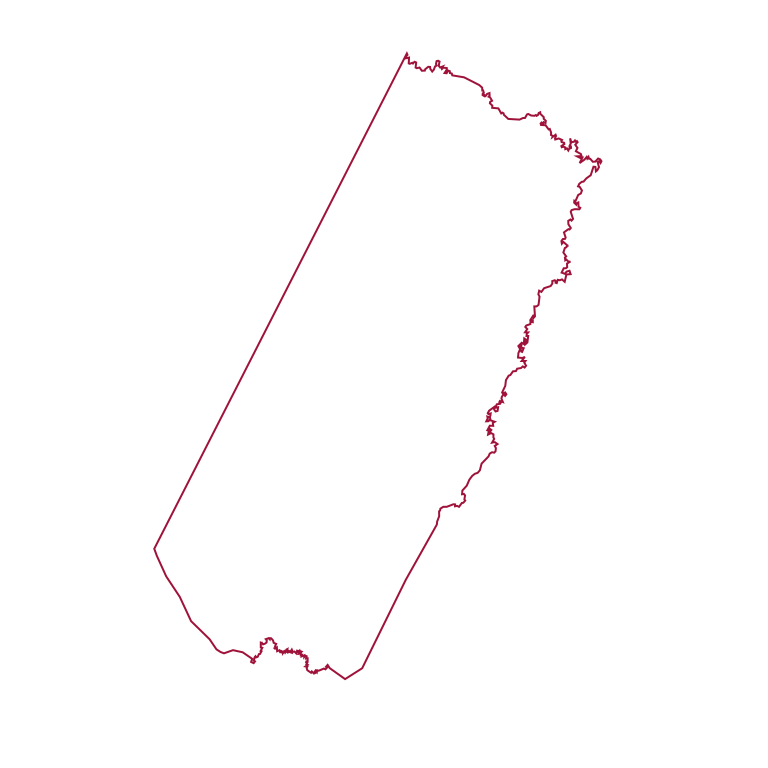 Keerom, Papua, Indonesia (Equal Earth projection), rotated 207°
{"feature_id": "22746128B17774751253690", "entity_name": "Keerom", "entity_type": "district", "adm_level": 2, "iso_a3": "IDN", "parent_name": "Indonesia", "parent_adm1": "Papua", "projection": "equal_earth", "projection_center": [140.467, -3.327], "detail": "fine", "context": "isolated", "style": "outline", "palette": "rose", "viewbox_px": 768, "rotation_deg": 207, "n_neighbors": 0, "source": "geoboundaries", "source_scale": "gbopen_adm2", "svg_char_len": 6099}
<svg xmlns="http://www.w3.org/2000/svg" viewBox="0 0 768 768"><g transform="rotate(207 384 384)"><path d="M282.5,591.2L283.2,590.6L288.7,592.0L289.2,589.8L290.8,591.9L290.5,594.3L288.6,595.5L288.7,597.0L292.5,600.8L290.0,605.7L288.8,605.9L288.4,607.8L292.2,610.0L293.9,613.0L292.6,615.2L291.1,614.7L290.5,616.9L295.8,622.2L295.8,624.1L293.5,626.3L289.2,628.4L289.1,630.1L291.1,630.2L293.3,634.0L294.5,632.5L294.2,631.1L296.9,631.9L297.6,633.7L296.4,633.6L296.8,640.6L295.1,643.1L295.5,646.3L299.2,648.5L300.8,648.2L300.9,651.0L299.6,653.9L298.1,654.9L297.1,659.0L294.6,663.9L296.0,672.7L294.2,673.4L291.7,669.7L291.0,671.3L290.9,674.8L294.4,678.7L293.6,680.1L291.4,679.1L291.4,681.2L293.3,682.3L295.6,682.1L296.7,678.1L298.8,676.8L302.5,678.3L303.6,677.8L304.9,679.2L305.2,677.1L306.5,678.3L307.3,674.8L310.0,669.7L310.0,675.7L311.6,674.5L315.3,674.5L311.5,676.8L313.0,678.3L318.7,678.5L318.8,682.2L322.2,684.0L321.3,687.4L322.4,688.0L322.9,686.9L324.4,687.7L324.7,686.1L326.8,684.4L329.7,687.4L326.7,682.9L326.8,680.3L326.2,679.3L325.2,680.3L324.5,679.2L325.8,677.5L325.8,675.7L328.0,677.0L329.1,675.6L330.0,677.1L332.1,676.8L333.1,675.7L334.0,676.5L332.2,679.6L333.0,680.7L335.6,680.2L336.4,681.2L336.2,682.3L339.8,682.1L342.4,679.6L343.2,680.6L343.3,683.1L344.3,684.0L346.0,680.5L346.2,681.7L348.3,681.7L349.3,684.0L352.1,686.5L352.9,685.6L357.5,687.9L361.7,686.1L362.7,687.2L362.3,688.6L360.3,688.4L360.5,689.8L358.6,689.9L359.3,692.0L362.1,692.8L362.8,694.3L367.4,695.7L368.2,697.0L369.2,695.7L368.9,693.7L369.8,692.2L370.8,692.6L371.7,691.3L374.9,690.0L378.0,690.1L379.0,689.1L379.1,685.1L380.9,684.1L383.3,681.1L393.6,676.6L399.4,678.3L400.4,679.5L401.8,679.5L402.4,678.3L407.2,681.5L413.0,679.2L413.8,681.2L417.1,682.2L417.5,683.5L416.3,685.4L419.7,687.6L421.2,687.5L420.9,689.0L422.1,691.1L423.8,689.3L424.2,686.8L426.0,687.1L425.5,686.1L427.3,686.2L427.9,687.7L427.3,688.8L429.0,690.6L429.7,690.2L431.1,692.6L434.8,693.6L451.9,693.6L463.3,690.0L464.5,691.4L466.4,691.0L467.4,692.6L469.0,692.4L469.3,689.3L471.2,688.6L470.8,692.7L471.5,694.0L474.8,692.8L475.4,691.0L476.2,691.7L475.9,693.5L477.7,691.5L479.7,692.4L480.9,696.5L482.5,696.6L483.7,695.6L483.0,692.8L481.7,691.6L482.7,690.1L482.3,686.8L482.9,684.3L485.8,685.8L486.9,687.4L488.6,686.7L490.2,683.1L489.9,681.8L492.5,680.3L496.0,682.1L498.1,680.3L499.5,680.3L501.3,685.1L503.1,684.9L503.7,682.7L504.7,683.0L506.4,681.0L507.5,680.9L509.9,686.2L512.4,684.1L513.1,685.6L512.5,687.9L513.7,688.9L513.9,132.9L508.3,127.7L490.7,113.7L469.3,101.6L448.2,85.1L423.5,77.4L412.8,71.5L408.0,71.0L404.3,71.4L397.7,78.3L388.1,80.8L376.7,79.3L376.2,76.0L373.4,76.1L373.0,78.3L374.4,78.5L375.2,81.9L374.9,83.1L373.8,82.4L372.7,83.6L372.8,86.6L371.9,87.2L371.8,90.2L372.7,90.1L372.7,93.7L374.2,93.4L376.4,97.7L375.2,97.8L374.5,96.7L374.6,97.6L373.6,97.1L372.1,98.7L371.3,100.4L372.1,102.4L373.5,103.0L371.5,105.1L369.9,104.6L370.3,105.7L369.1,106.2L366.5,105.2L364.8,103.3L362.1,103.5L362.0,100.8L360.9,100.0L361.6,98.9L360.9,98.7L359.9,100.7L357.9,97.4L356.4,99.2L355.3,98.3L354.8,100.1L354.4,97.4L353.9,99.0L353.3,98.4L352.4,99.1L353.3,100.2L352.4,99.8L351.8,98.5L351.4,100.6L350.1,99.7L349.8,101.7L351.1,101.8L350.2,102.1L350.4,103.1L349.8,103.9L349.6,102.7L348.7,102.6L348.7,101.2L347.8,101.0L347.3,102.2L345.3,102.5L346.5,103.1L345.0,103.2L345.8,103.9L345.6,105.5L343.7,103.8L342.3,105.0L340.1,104.2L340.3,105.4L339.7,106.0L340.3,106.9L339.4,107.2L338.8,106.3L338.3,107.8L337.4,106.3L337.0,108.0L335.9,108.1L337.0,105.2L335.7,106.1L335.0,104.6L334.1,105.4L333.7,103.9L331.8,106.1L331.1,104.6L330.7,106.2L329.3,106.3L328.8,104.0L327.5,104.9L326.1,102.1L327.2,101.6L327.1,100.7L325.8,100.5L325.9,99.1L324.6,99.1L325.7,96.8L324.0,97.4L324.0,95.9L322.4,94.2L317.9,93.6L317.8,95.1L315.0,94.2L314.1,95.3L315.2,95.8L314.9,97.7L313.0,96.8L313.5,98.6L312.0,98.9L308.4,103.1L306.6,103.2L306.0,105.5L307.3,105.7L306.7,108.1L303.4,106.2L284.7,103.4L274.4,120.8L275.7,219.3L273.1,282.7L274.2,285.6L274.8,291.2L277.1,295.6L276.6,296.8L277.2,298.5L275.4,301.5L272.3,303.1L267.5,308.4L266.0,309.0L265.2,307.3L263.5,308.6L261.4,308.6L260.6,313.4L259.4,314.2L258.7,317.0L260.0,317.7L261.2,321.5L262.9,322.3L264.4,321.2L265.8,324.7L264.1,330.9L264.5,337.5L263.7,342.1L262.3,345.2L260.2,347.4L259.4,350.6L260.9,357.4L258.0,366.9L258.2,370.0L256.8,372.2L254.6,372.9L254.1,374.7L255.2,377.7L257.2,379.1L255.6,382.0L258.9,382.5L261.1,380.8L260.9,385.1L262.3,386.1L263.6,388.8L266.3,388.9L268.3,386.2L269.1,388.9L267.8,389.7L267.5,391.8L269.1,392.1L270.1,389.9L270.9,389.7L270.8,394.9L267.7,396.3L269.4,398.7L268.2,400.6L272.5,400.0L273.5,401.2L274.0,398.3L275.9,397.2L276.0,400.5L277.1,401.9L274.9,402.2L274.8,404.0L275.6,406.2L277.2,404.6L278.3,405.1L278.2,408.0L275.4,413.5L274.3,411.3L272.1,410.2L270.6,411.6L271.8,415.1L273.9,413.4L274.3,417.1L271.6,419.0L271.5,419.9L273.0,420.2L273.0,421.5L269.9,421.9L272.7,424.3L273.2,426.1L272.8,429.4L270.7,428.4L270.3,430.4L272.2,431.5L273.9,429.5L274.9,430.1L275.1,437.4L277.1,442.8L276.7,448.0L275.5,449.3L274.8,453.9L272.3,455.4L272.3,458.1L269.2,460.4L268.3,462.7L266.2,462.5L265.7,464.8L268.7,466.7L268.4,468.7L271.8,467.0L270.8,472.1L272.5,470.0L276.6,468.4L278.3,472.7L278.5,476.3L277.9,477.0L276.4,475.2L275.5,475.3L275.8,479.3L278.4,478.7L279.6,482.2L280.3,481.5L279.8,477.7L281.5,478.8L280.0,483.3L277.6,483.1L279.7,488.3L277.6,488.0L276.0,483.8L275.1,486.1L277.3,492.2L278.8,491.4L279.5,493.4L279.0,495.4L281.8,494.1L281.3,498.0L284.0,499.0L283.8,500.7L280.8,503.8L281.8,506.0L279.5,506.6L280.3,508.2L282.6,507.8L282.1,512.8L281.4,512.9L280.7,511.0L280.2,512.8L285.3,521.4L283.3,522.4L282.2,524.6L285.1,532.5L287.2,534.0L288.1,537.6L285.6,537.5L284.8,542.1L280.0,546.9L279.6,549.9L280.8,552.1L278.9,554.0L277.8,553.7L277.1,552.1L275.9,552.3L276.5,555.7L274.4,556.3L272.9,558.0L269.4,557.1L271.2,564.4L267.6,566.6L270.1,569.1L272.3,567.1L272.9,564.3L276.3,563.9L276.4,568.7L274.4,569.8L273.8,571.2L275.6,574.4L273.5,577.8L275.0,576.7L278.2,577.7L278.7,576.6L280.2,578.8L279.6,580.4L283.9,582.6L284.6,587.3L283.6,588.7L283.5,590.6L283.1,590.6L282.5,591.2Z" fill="none" stroke="#9f1239" stroke-width="2"/></g></svg>